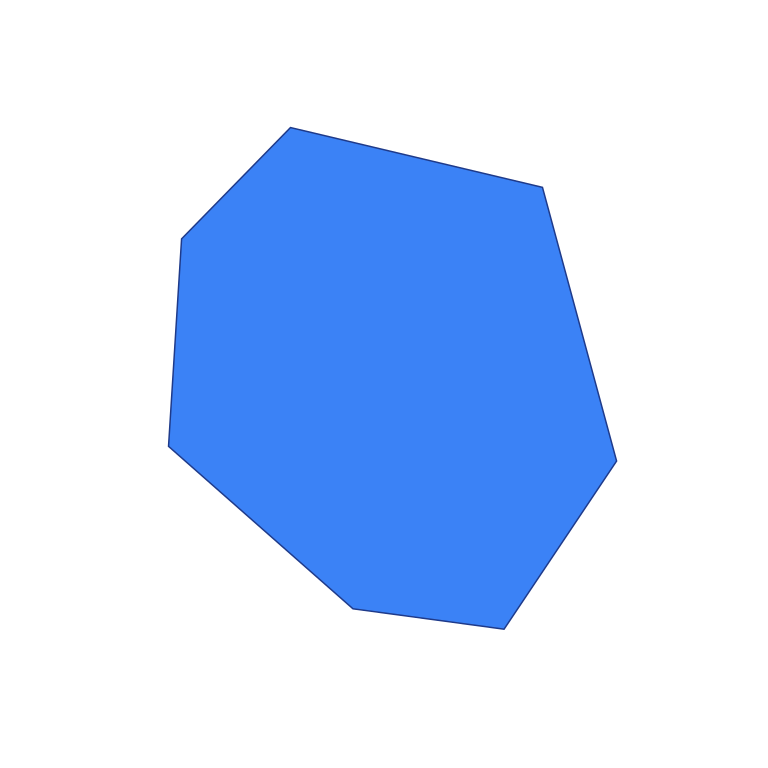 the Special Municipality of Saba, rotated 157°
{"feature_id": "NLD-5147", "entity_name": "Saba", "entity_type": "Special Municipality", "adm_level": 1, "iso_a3": "NLD", "parent_name": "Netherlands", "parent_adm1": "", "projection": "orthographic", "projection_center": [-63.237, 17.631], "detail": "fine", "context": "isolated", "style": "filled", "palette": "blue", "viewbox_px": 768, "rotation_deg": 157, "n_neighbors": 0, "source": "natural_earth", "source_scale": "10m", "svg_char_len": 267}
<svg xmlns="http://www.w3.org/2000/svg" viewBox="0 0 768 768"><g transform="rotate(157 384 384)"><path d="M369.3,111.4L500.4,189.2L606.7,410.8L513.6,596.7L369.9,656.6L161.3,503.1L200.0,222.2L369.3,111.4Z" fill="#3b82f6" stroke="#1e3a8a" stroke-width="1.5"/></g></svg>